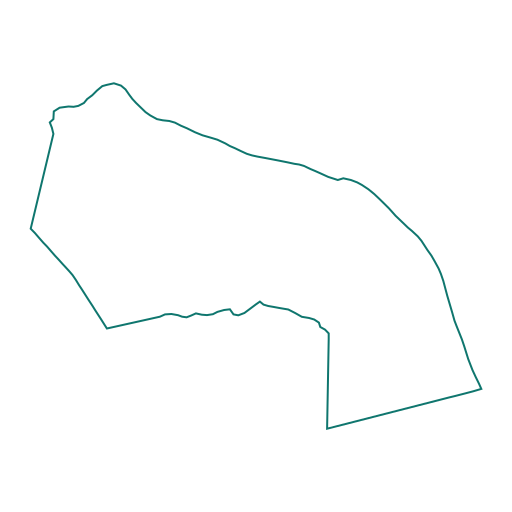 Icapuí, Ceará, Brazil
{"feature_id": "56859067B97038738171378", "entity_name": "Icapuí", "entity_type": "district", "adm_level": 2, "iso_a3": "BRA", "parent_name": "Brazil", "parent_adm1": "Ceará", "projection": "mercator", "projection_center": [-37.414, -4.742], "detail": "fine", "context": "isolated", "style": "outline", "palette": "teal", "viewbox_px": 512, "rotation_deg": 0, "n_neighbors": 0, "source": "geoboundaries", "source_scale": "gbopen_adm2", "svg_char_len": 1860}
<svg xmlns="http://www.w3.org/2000/svg" viewBox="0 0 512 512"><path d="M327.1,428.7L442.3,399.2L449.3,397.4L454.7,396.1L465.6,393.3L473.2,391.3L481.3,388.9L479.0,383.7L475.6,376.8L472.5,370.1L468.2,359.0L464.3,346.5L461.9,339.4L459.1,332.4L456.7,326.4L454.5,320.7L452.2,312.5L447.3,295.9L443.3,280.9L440.9,273.9L438.6,268.5L434.5,261.0L431.4,255.6L427.4,250.0L421.5,240.9L417.8,236.4L412.0,231.0L407.8,227.5L399.6,219.6L395.6,215.8L388.9,208.3L380.0,199.5L374.2,194.0L368.3,189.2L361.8,184.9L357.2,182.4L350.9,180.0L343.3,178.3L337.8,180.0L328.2,176.9L320.1,173.2L314.7,170.8L310.4,169.0L303.9,165.9L299.1,164.5L294.3,163.8L287.8,162.4L278.3,160.5L265.2,158.0L257.5,156.6L252.0,155.4L246.8,153.8L240.5,150.9L234.7,148.1L229.8,146.0L225.3,143.4L217.4,139.7L211.5,137.9L202.5,135.3L194.9,132.2L187.0,128.3L180.9,125.7L174.9,122.6L169.3,121.0L162.8,120.3L156.9,119.1L150.2,115.4L145.5,112.1L135.9,102.8L132.4,99.0L129.4,95.0L125.5,89.4L121.0,85.6L113.9,83.3L106.7,84.9L102.3,86.1L96.9,90.6L92.3,95.2L87.2,99.0L83.9,103.0L78.3,105.9L73.6,106.8L68.5,106.5L59.6,107.7L53.8,111.4L53.4,119.1L49.8,122.4L51.9,127.8L53.4,133.9L30.7,228.7L34.8,232.9L39.1,237.9L43.3,242.7L47.0,246.5L51.5,251.7L54.9,255.6L59.1,260.1L62.5,263.9L66.4,268.1L69.5,271.5L72.5,275.0L75.9,280.0L79.2,285.4L81.8,289.3L85.0,294.3L88.3,299.5L92.5,305.9L95.3,310.4L97.9,314.4L101.2,319.5L104.6,324.9L106.9,328.5L159.9,316.7L165.0,314.4L171.4,314.0L178.1,315.2L182.1,316.7L186.6,317.3L191.0,315.6L195.9,313.4L201.8,314.7L207.0,315.1L212.9,314.2L217.4,311.9L224.1,310.0L229.9,309.3L233.5,314.4L238.3,315.3L244.4,313.0L250.7,308.3L255.9,304.4L259.9,301.6L263.5,304.6L268.2,306.0L273.4,306.9L278.8,307.9L284.1,308.8L288.3,309.5L295.3,313.1L301.8,316.8L309.1,318.0L314.2,319.5L318.9,322.6L320.3,327.0L325.0,329.6L328.7,333.4L328.7,339.2L327.1,428.7Z" fill="none" stroke="#0f766e" stroke-width="2"/></svg>